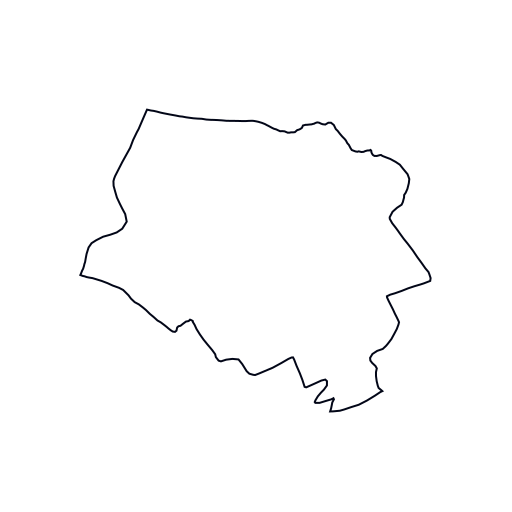 Ba Phnum, Prey Vêng, Cambodia, rotated 159°
{"feature_id": "14789045B90581067324200", "entity_name": "Ba Phnum", "entity_type": "district", "adm_level": 2, "iso_a3": "KHM", "parent_name": "Cambodia", "parent_adm1": "Prey Vêng", "projection": "albers", "projection_center": [105.415, 11.288], "detail": "fine", "context": "isolated", "style": "outline", "palette": "ink", "viewbox_px": 512, "rotation_deg": 159, "n_neighbors": 0, "source": "geoboundaries", "source_scale": "gbopen_adm2", "svg_char_len": 3859}
<svg xmlns="http://www.w3.org/2000/svg" viewBox="0 0 512 512"><g transform="rotate(159 256 256)"><path d="M299.5,145.2L295.4,145.2L289.4,145.4L280.5,145.7L270.7,147.0L262.7,148.3L259.2,148.5L257.8,148.1L257.5,145.7L257.5,139.0L257.1,130.7L257.1,123.8L257.5,116.4L256.2,115.4L251.6,115.6L246.2,115.9L239.6,116.3L235.6,115.8L234.6,113.7L236.2,109.7L240.5,106.9L244.4,105.1L248.6,102.8L252.2,100.0L253.5,98.6L253.2,97.6L249.2,96.1L242.1,95.6L237.1,95.2L234.7,95.5L234.6,94.3L237.3,91.9L238.4,90.1L240.5,86.8L242.5,84.3L239.6,83.3L233.2,81.5L228.6,81.1L221.1,80.8L213.4,80.3L204.2,81.3L195.0,83.0L188.8,84.4L186.5,84.6L187.2,86.0L188.8,88.8L188.8,91.2L188.2,95.9L187.0,100.9L185.6,104.6L183.5,107.8L183.9,110.5L185.9,114.6L186.7,117.4L186.0,120.0L182.4,122.8L176.9,124.0L171.0,123.8L166.8,125.5L164.6,126.7L159.4,129.9L154.7,133.9L150.7,137.4L147.6,140.9L146.2,142.9L146.3,145.1L146.6,148.7L147.0,152.4L147.3,157.2L147.8,162.0L148.3,166.9L148.5,170.4L148.2,171.5L144.5,171.8L139.6,171.4L132.7,171.2L125.5,171.3L118.9,171.0L112.8,170.5L109.1,170.3L105.4,170.3L102.3,170.3L100.9,172.8L100.7,177.0L100.7,179.2L102.3,183.8L103.9,190.2L105.8,197.1L107.7,205.3L110.0,213.2L111.9,219.0L113.8,226.1L114.3,228.2L115.3,231.9L117.1,237.8L117.8,242.7L117.3,244.3L112.6,248.4L107.0,250.5L101.7,251.7L99.6,253.7L97.6,256.5L96.9,257.4L95.8,259.9L93.6,261.4L90.6,264.4L87.3,269.1L85.3,272.9L85.2,276.0L85.2,278.1L87.3,284.3L89.0,289.7L91.9,293.8L95.9,298.5L99.6,301.8L102.1,304.1L103.1,305.5L104.3,305.8L107.4,306.1L109.6,307.0L110.7,308.5L111.0,310.0L111.1,311.3L110.7,313.0L111.1,314.0L112.3,313.9L114.3,314.6L116.5,314.8L118.2,314.7L120.3,315.3L122.6,316.9L124.0,317.0L125.7,318.0L126.7,318.9L128.6,320.6L129.1,322.9L129.5,326.5L130.3,328.5L130.7,331.7L131.3,333.5L132.7,336.7L133.9,340.1L134.9,343.5L136.0,345.9L136.4,350.4L138.2,353.5L140.7,354.5L142.5,354.2L144.2,353.9L146.5,355.1L147.8,356.2L149.4,357.9L151.0,358.8L152.9,358.9L154.2,358.7L155.7,358.9L157.0,359.0L158.7,359.5L161.3,360.2L162.7,360.7L165.4,361.0L166.3,360.1L167.2,359.2L169.1,358.7L171.0,358.6L172.3,358.8L175.3,357.7L176.9,358.1L178.9,358.9L180.4,359.1L182.1,359.7L183.4,360.9L184.6,362.1L186.8,363.2L188.7,363.8L190.3,365.4L191.7,366.9L193.7,368.4L195.1,369.9L198.0,373.3L198.7,374.0L200.4,376.0L202.8,378.2L205.8,380.5L207.8,381.8L210.0,383.1L211.4,383.7L214.2,384.7L217.1,385.6L220.0,386.7L223.6,388.2L226.8,389.5L231.4,391.3L235.3,392.9L239.1,394.8L242.8,396.5L246.2,398.0L249.6,399.4L253.5,401.2L257.4,403.5L261.5,405.3L265.1,407.0L268.4,408.8L271.5,410.5L274.7,412.5L277.3,413.8L280.6,415.9L283.4,417.6L285.4,418.8L287.8,420.3L291.0,422.3L293.6,424.0L296.9,426.4L299.6,428.2L302.0,429.5L304.2,431.0L305.3,431.7L312.1,424.8L320.1,416.6L322.8,414.3L329.2,408.3L334.7,402.1L347.1,391.7L358.9,381.1L360.8,379.0L362.3,376.9L363.8,372.5L364.4,366.4L364.9,360.4L364.4,353.5L363.9,348.4L363.1,342.0L364.0,336.7L364.4,334.4L371.1,329.4L377.6,327.9L384.5,328.1L391.8,328.8L399.5,328.0L404.9,326.9L409.2,324.0L413.4,318.7L415.7,315.0L417.6,311.8L418.2,311.0L419.0,310.1L420.2,308.3L422.0,306.0L423.5,304.7L424.7,303.4L425.5,302.5L426.8,301.2L425.8,300.3L424.8,299.4L423.5,298.6L421.6,297.0L419.9,295.9L416.5,293.9L412.8,291.0L409.1,288.1L404.3,283.8L400.4,279.8L395.3,275.4L392.2,271.9L389.1,265.0L388.0,261.0L386.6,258.1L385.8,256.4L382.7,252.8L380.0,248.4L378.1,245.0L375.9,240.1L373.2,235.3L371.1,231.1L368.7,228.2L366.1,224.0L364.8,221.8L363.8,219.9L362.2,217.2L360.8,215.3L358.8,214.2L357.0,214.8L355.7,216.8L355.2,217.5L353.5,218.2L351.5,217.9L348.7,218.8L344.9,219.9L342.2,219.4L340.4,220.2L339.2,219.1L338.3,217.8L338.6,217.0L338.0,213.8L337.7,209.1L336.5,202.9L334.9,196.6L333.2,191.4L330.6,183.8L329.3,178.9L329.7,176.0L328.4,171.7L326.5,170.2L321.0,169.9L314.9,168.4L309.4,165.7L307.6,160.1L306.0,151.8L304.4,148.5L301.2,146.1L299.5,145.2Z" fill="none" stroke="#020617" stroke-width="2"/></g></svg>